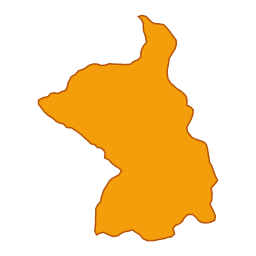 Angelândia, Minas Gerais, Brazil (orthographic projection)
{"feature_id": "56859067B14404112406063", "entity_name": "Angelândia", "entity_type": "district", "adm_level": 2, "iso_a3": "BRA", "parent_name": "Brazil", "parent_adm1": "Minas Gerais", "projection": "orthographic", "projection_center": [-42.284, -17.692], "detail": "fine", "context": "isolated", "style": "filled", "palette": "amber", "viewbox_px": 256, "rotation_deg": 0, "n_neighbors": 0, "source": "geoboundaries", "source_scale": "gbopen_adm2", "svg_char_len": 2101}
<svg xmlns="http://www.w3.org/2000/svg" viewBox="0 0 256 256"><path d="M159.1,239.4L164.2,238.6L167.4,237.4L171.4,236.8L174.5,234.1L173.1,228.3L175.5,225.5L179.0,223.9L182.1,221.6L184.3,217.8L187.5,214.7L192.5,214.4L195.6,216.9L198.7,220.7L201.8,222.5L206.1,222.9L210.4,222.3L214.7,220.2L215.4,216.0L214.0,212.8L212.3,208.9L209.9,204.0L211.5,200.8L212.0,196.9L212.0,192.3L211.1,188.1L214.4,184.6L217.5,180.5L215.6,176.5L214.0,172.6L212.7,168.8L211.5,165.4L209.6,162.5L208.9,157.6L208.0,152.7L207.4,148.2L206.2,144.4L203.9,142.1L199.9,140.6L195.9,139.3L192.0,137.5L189.7,134.6L187.3,131.5L186.9,126.7L189.7,122.1L191.5,118.3L192.8,114.7L193.2,109.9L190.4,106.9L186.8,105.2L187.0,101.0L186.5,97.3L184.7,94.5L181.3,91.5L176.3,88.2L173.8,85.8L170.9,83.4L168.0,78.9L167.1,73.1L167.5,68.0L168.4,63.9L169.2,58.3L172.7,52.7L175.0,48.8L176.3,44.5L176.1,40.2L174.0,37.3L171.4,33.9L168.6,30.1L166.3,27.4L163.7,24.8L158.8,23.8L155.4,23.7L152.3,22.6L149.2,19.7L146.2,16.6L142.0,15.4L138.4,16.6L141.9,20.1L143.3,23.6L143.3,27.5L143.7,31.2L145.5,36.2L146.6,42.2L143.3,46.2L141.6,49.8L140.8,53.1L140.7,57.2L137.3,60.1L133.8,61.4L130.8,64.1L125.8,64.6L120.0,64.3L114.8,64.2L109.6,63.7L104.9,65.2L101.1,65.5L97.2,64.1L93.1,64.0L88.7,65.5L86.1,67.6L83.4,69.2L78.4,70.9L75.4,74.4L71.4,76.6L68.3,82.4L67.1,87.3L65.7,90.4L62.3,91.4L57.8,93.5L54.2,92.8L50.5,93.7L47.9,96.6L42.7,97.9L38.5,100.1L38.5,104.2L41.4,107.8L44.3,111.8L48.0,115.2L52.4,117.9L56.5,121.5L59.5,123.0L63.7,123.9L66.8,127.5L71.8,127.9L76.6,131.2L81.0,134.4L83.8,137.1L88.0,140.7L91.0,143.8L94.6,144.6L97.3,147.4L100.8,148.0L103.6,150.0L105.2,153.2L104.6,157.8L108.9,159.9L112.0,163.4L114.8,165.6L118.6,167.9L121.5,170.5L119.1,174.8L114.5,177.2L111.3,179.1L109.0,181.7L106.9,185.3L104.1,189.5L102.5,193.7L101.5,197.1L100.5,201.7L97.4,205.3L95.8,208.9L95.8,213.9L95.6,218.8L95.6,222.6L95.3,226.3L94.8,230.7L96.5,234.9L99.8,233.2L103.6,232.3L108.1,234.5L113.1,236.5L118.1,235.7L121.2,233.2L124.8,231.7L129.0,231.0L132.2,229.7L135.7,232.2L140.0,234.8L143.1,238.7L147.3,240.6L153.6,240.6L159.1,239.4Z" fill="#f59e0b" stroke="#b45309" stroke-width="1.5"/></svg>